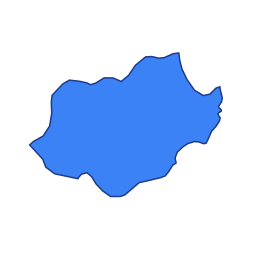 SVG path tracing the border of Bam, rotated 255°
{"feature_id": "BFA-2811", "entity_name": "Bam", "entity_type": "Province", "adm_level": 1, "iso_a3": "BFA", "parent_name": "Burkina Faso", "parent_adm1": "", "projection": "orthographic", "projection_center": [-1.569, 13.448], "detail": "fine", "context": "isolated", "style": "filled", "palette": "blue", "viewbox_px": 256, "rotation_deg": 255, "n_neighbors": 0, "source": "natural_earth", "source_scale": "10m", "svg_char_len": 1047}
<svg xmlns="http://www.w3.org/2000/svg" viewBox="0 0 256 256"><g transform="rotate(255 128 128)"><path d="M113.9,219.7L111.0,218.0L106.9,213.5L103.1,207.8L94.4,200.8L93.0,199.3L93.4,196.7L96.2,192.9L97.7,188.5L97.5,181.9L95.6,176.1L92.0,169.4L86.8,165.7L81.8,165.4L80.4,161.4L75.5,156.2L72.1,151.6L71.6,146.4L72.3,124.5L64.1,107.5L63.9,102.7L66.3,93.5L73.7,87.3L82.3,82.6L90.3,80.3L95.4,76.9L95.4,71.0L93.2,67.7L92.0,66.5L102.7,45.4L111.3,38.5L119.9,37.6L137.1,28.6L139.5,33.3L142.2,43.9L150.2,52.8L161.9,58.1L172.8,60.6L179.2,63.1L180.0,64.4L187.4,76.4L189.4,83.8L185.7,93.2L182.5,99.5L179.5,103.1L179.7,108.3L182.6,118.0L180.2,126.5L174.7,133.5L178.7,142.2L186.6,151.3L192.1,163.3L190.9,169.4L187.4,176.0L186.6,181.4L188.1,190.8L187.3,196.5L179.9,195.5L171.0,195.4L159.3,197.6L147.1,202.1L139.9,209.1L139.5,215.9L143.7,223.1L144.0,227.4L142.1,227.1L132.4,226.8L129.0,225.1L125.5,221.1L123.9,221.1L122.8,222.1L121.3,222.7L120.1,222.4L119.5,220.4L118.8,218.6L117.0,218.6L113.9,219.7Z" fill="#3b82f6" stroke="#1e3a8a" stroke-width="1.5"/></g></svg>